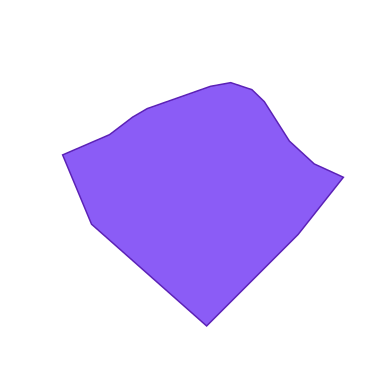 the Province of Maputo, rotated 203°
{"feature_id": "MOZ-5854", "entity_name": "Maputo", "entity_type": "Province", "adm_level": 1, "iso_a3": "MOZ", "parent_name": "Mozambique", "parent_adm1": "", "projection": "natural_earth1", "projection_center": [32.591, -25.918], "detail": "fine", "context": "isolated", "style": "filled", "palette": "violet", "viewbox_px": 384, "rotation_deg": 203, "n_neighbors": 0, "source": "natural_earth", "source_scale": "10m", "svg_char_len": 347}
<svg xmlns="http://www.w3.org/2000/svg" viewBox="0 0 384 384"><g transform="rotate(203 192 192)"><path d="M325.6,175.6L290.3,212.6L275.9,237.8L265.8,251.3L216.3,296.5L199.1,307.8L176.8,309.6L160.7,303.4L122.2,276.9L90.5,265.6L58.4,264.7L77.7,194.5L126.2,74.4L271.9,123.1L325.6,175.6Z" fill="#8b5cf6" stroke="#5b21b6" stroke-width="1.5"/></g></svg>